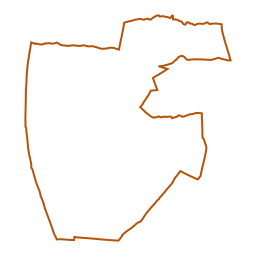 Santa Catarina Ayometla, Tlaxcala, Mexico
{"feature_id": "50627088B90127145073625", "entity_name": "Santa Catarina Ayometla", "entity_type": "district", "adm_level": 2, "iso_a3": "MEX", "parent_name": "Mexico", "parent_adm1": "Tlaxcala", "projection": "albers", "projection_center": [-98.213, 19.193], "detail": "fine", "context": "isolated", "style": "outline", "palette": "amber", "viewbox_px": 256, "rotation_deg": 0, "n_neighbors": 0, "source": "geoboundaries", "source_scale": "gbopen_adm2", "svg_char_len": 5685}
<svg xmlns="http://www.w3.org/2000/svg" viewBox="0 0 256 256"><path d="M230.6,60.3L229.8,57.6L229.4,56.1L228.9,54.4L228.0,51.7L227.6,50.3L227.1,48.6L226.2,45.5L225.6,43.7L225.3,42.7L224.9,41.4L224.8,40.8L224.6,40.3L224.3,39.0L224.0,38.3L223.9,37.7L223.5,36.1L223.3,35.4L223.1,34.8L222.8,33.8L222.6,32.8L222.1,30.4L222.0,29.8L221.9,28.9L221.8,28.0L221.7,27.3L221.7,26.5L221.7,26.3L221.7,25.4L221.7,24.3L220.8,24.1L216.2,23.5L212.9,23.6L210.8,23.9L209.5,24.0L207.6,22.5L206.4,22.5L204.5,23.5L203.6,23.9L202.5,23.8L201.0,23.7L199.6,23.6L197.3,23.9L195.9,24.6L194.5,25.1L193.4,24.5L192.0,23.8L191.2,23.6L189.6,23.4L188.7,22.6L187.9,22.2L186.5,22.6L186.0,23.8L185.7,24.4L185.1,24.6L184.1,24.4L183.4,23.9L182.6,22.9L181.7,21.7L180.7,21.3L179.4,21.0L178.5,20.4L177.4,19.9L176.3,19.6L175.0,19.4L174.2,19.5L173.1,19.4L173.0,18.9L172.9,17.6L172.9,16.8L172.8,15.7L172.3,15.6L171.6,16.1L171.2,17.1L170.4,18.0L169.5,17.8L168.2,17.2L167.1,16.9L165.2,16.7L164.2,16.5L162.9,16.2L161.9,16.2L160.5,16.5L159.5,16.5L159.0,15.6L158.1,15.4L157.1,15.5L155.9,16.0L154.7,16.8L153.5,17.4L152.5,18.0L151.9,18.7L151.0,19.4L149.9,19.7L149.0,19.2L148.2,18.7L147.2,18.9L146.0,19.0L144.0,19.7L142.8,19.6L140.8,18.9L139.5,18.9L138.0,19.2L136.4,19.5L134.4,19.9L131.4,20.9L129.1,21.3L127.7,21.7L126.0,22.1L124.2,22.8L123.3,28.1L122.1,34.1L121.6,36.8L120.9,39.7L120.5,42.0L120.1,43.9L120.0,44.2L119.3,47.9L119.0,49.6L118.0,49.3L117.0,49.1L115.9,48.7L115.0,48.3L113.5,47.8L112.4,47.8L111.4,47.7L109.5,47.8L107.6,48.3L106.1,48.5L105.3,48.6L103.5,48.7L101.3,48.8L100.1,48.3L98.5,48.0L96.7,47.2L95.0,46.9L93.6,46.5L92.6,46.2L91.4,46.1L90.4,46.4L89.2,46.4L87.9,46.3L86.6,46.1L85.4,45.6L84.3,45.4L82.7,45.3L81.0,45.9L79.8,45.9L77.0,45.8L75.8,45.4L74.8,45.5L74.2,45.4L73.0,45.3L71.6,45.5L70.1,45.6L68.3,46.0L66.8,45.7L65.5,45.5L64.3,45.6L63.2,45.5L61.9,45.1L60.4,44.8L59.5,44.0L58.3,43.4L57.1,42.7L56.3,42.7L55.2,43.2L54.4,43.4L53.5,43.5L52.8,43.6L52.1,43.7L51.5,43.5L50.7,43.4L49.8,43.2L48.9,43.1L48.1,43.3L47.7,43.4L47.1,43.4L46.4,43.3L44.8,43.5L44.0,44.0L42.5,44.3L41.6,44.3L40.5,44.5L38.9,44.2L37.7,43.9L36.7,43.7L35.9,43.4L35.5,43.5L35.3,43.9L34.7,43.7L34.2,43.5L33.2,43.0L32.4,42.8L31.8,42.8L31.1,42.5L30.4,47.7L30.1,49.1L29.2,54.5L27.8,63.5L27.3,68.1L26.7,75.0L26.4,82.9L26.3,83.5L26.3,85.0L26.2,85.8L26.1,87.7L26.0,88.3L25.9,90.8L25.7,104.8L25.4,116.4L25.4,121.3L25.5,124.4L25.4,126.5L26.0,127.7L26.1,127.9L26.2,128.0L26.2,128.3L26.4,131.7L27.2,137.9L28.2,148.4L29.0,153.7L29.4,155.7L30.0,158.4L30.1,158.6L30.2,159.0L31.0,163.0L31.4,165.9L31.2,166.8L31.2,167.2L31.3,167.8L31.5,168.1L32.1,168.8L32.5,169.6L34.9,178.1L36.0,182.0L36.6,183.7L39.1,190.1L39.4,190.8L40.2,193.4L40.6,195.4L40.6,196.2L41.1,197.2L41.7,198.3L41.9,198.9L42.3,200.0L43.3,202.6L43.8,204.1L44.4,206.6L44.8,208.1L46.3,212.1L47.3,214.9L47.9,216.4L48.5,218.1L49.0,219.3L49.6,220.9L50.9,224.5L52.8,230.0L53.9,233.3L54.4,234.5L56.0,237.6L56.7,239.4L57.8,239.3L58.0,239.3L58.7,239.3L59.4,239.4L59.9,239.3L60.8,239.2L63.4,239.4L66.0,239.6L68.8,239.8L71.7,240.0L74.0,240.1L74.2,239.8L74.3,237.4L74.3,237.1L74.5,236.9L76.9,237.4L80.3,237.6L81.3,237.7L83.8,237.9L85.7,238.0L87.0,238.1L90.2,238.4L93.8,238.7L96.7,238.9L97.0,238.9L97.2,239.1L112.9,240.3L115.4,240.5L118.5,240.6L119.3,239.7L120.9,237.4L121.9,236.3L121.9,236.0L122.0,235.5L122.3,235.0L122.8,234.7L124.2,233.3L125.1,232.5L125.9,231.8L126.0,231.8L126.5,231.4L127.4,230.8L128.2,230.2L129.4,229.4L130.2,228.8L132.3,227.3L133.0,226.7L135.0,225.0L135.6,224.5L136.5,223.6L137.1,223.1L137.5,222.8L138.0,222.5L138.7,222.3L139.4,222.0L139.8,222.0L140.2,221.6L141.0,221.0L141.5,220.2L142.4,219.2L142.8,218.6L143.4,217.6L144.0,216.7L145.4,214.7L146.8,212.7L148.2,211.0L149.8,209.2L150.9,207.8L153.7,204.7L154.6,203.7L155.2,203.1L155.8,202.3L156.5,201.4L157.3,200.3L157.7,200.0L158.3,199.6L158.8,199.3L159.4,198.2L159.9,197.4L160.6,196.7L161.7,195.6L162.8,194.2L164.8,191.9L166.1,190.2L167.5,188.6L168.9,187.0L169.9,185.7L170.8,184.8L171.5,184.1L172.1,183.2L173.5,180.7L174.5,178.8L175.3,177.5L176.5,176.2L177.4,175.0L178.6,173.4L179.0,172.8L179.5,172.3L179.8,171.8L180.1,171.4L180.4,171.1L187.8,174.9L197.4,179.3L198.1,179.2L198.9,178.1L199.3,177.4L199.7,176.9L200.5,176.3L200.6,175.7L200.9,174.2L201.1,173.2L201.5,170.9L202.1,168.4L202.7,165.9L203.0,164.5L203.6,162.5L204.1,160.1L204.9,156.9L205.2,155.6L205.3,154.6L205.8,152.2L205.9,151.6L206.2,149.6L206.3,149.1L206.4,148.2L206.4,147.4L206.3,146.7L206.0,145.8L205.7,144.8L205.3,143.7L204.9,142.5L204.4,140.8L204.2,140.3L203.9,139.1L202.9,138.1L202.7,138.0L202.4,136.5L202.4,135.1L202.4,131.4L202.1,121.4L201.8,115.5L201.9,113.4L198.4,112.9L195.4,113.1L193.9,113.7L192.5,114.0L191.5,114.1L190.0,114.2L189.0,114.7L187.6,115.3L186.4,115.4L185.2,116.1L183.4,116.7L182.2,116.6L181.0,115.9L179.6,115.5L178.7,115.4L178.0,115.7L176.8,116.8L175.4,117.1L174.4,117.4L172.1,118.2L171.8,117.3L170.8,116.7L169.2,116.6L167.3,116.9L164.8,116.8L163.3,116.6L161.9,117.2L160.8,117.3L159.9,117.0L159.0,116.4L158.1,116.5L157.1,117.2L156.3,117.3L155.4,117.1L154.8,117.4L154.5,117.7L153.8,117.6L152.9,117.5L152.1,117.1L150.0,115.8L148.1,114.3L146.4,113.0L145.6,112.3L145.1,111.8L142.4,109.2L140.3,107.1L141.7,105.5L141.9,105.4L142.6,104.2L143.4,102.6L145.0,100.3L146.8,97.6L147.8,96.0L148.4,95.2L150.1,92.1L150.7,90.7L154.9,90.3L157.3,90.0L152.9,78.0L155.5,76.4L157.1,75.5L160.2,73.6L160.9,73.2L167.5,69.0L158.5,66.2L160.7,66.2L162.1,66.0L165.1,65.3L166.7,64.9L169.1,64.2L171.1,63.6L172.4,63.0L173.5,62.1L174.9,60.6L176.7,59.3L178.5,57.1L180.2,56.2L182.4,55.9L184.2,56.8L186.4,59.3L188.1,59.9L190.8,59.6L192.8,59.4L195.9,59.3L198.6,59.4L201.5,59.4L205.1,59.6L211.2,59.9L214.2,59.1L218.3,57.8L221.7,58.8L227.7,60.3L230.6,60.3Z" fill="none" stroke="#b45309" stroke-width="2"/></svg>